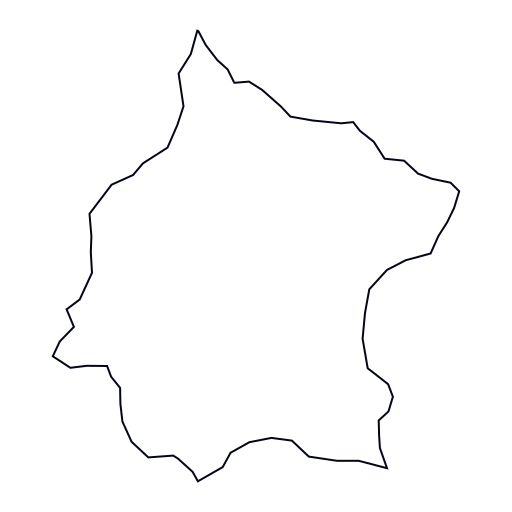 the district of Kidasi, Paphos, Cyprus
{"feature_id": "46923920B63387456593082", "entity_name": "Kidasi", "entity_type": "district", "adm_level": 2, "iso_a3": "CYP", "parent_name": "Cyprus", "parent_adm1": "Paphos", "projection": "robinson", "projection_center": [32.711, 34.815], "detail": "fine", "context": "isolated", "style": "outline", "palette": "ink", "viewbox_px": 512, "rotation_deg": 0, "n_neighbors": 0, "source": "geoboundaries", "source_scale": "gbopen_adm2", "svg_char_len": 1088}
<svg xmlns="http://www.w3.org/2000/svg" viewBox="0 0 512 512"><path d="M198.4,31.2L197.3,30.7L190.8,54.1L178.6,73.5L183.5,106.3L177.3,125.1L167.5,147.6L142.9,163.4L133.1,175.0L111.6,184.7L89.5,213.8L91.4,236.3L90.8,252.1L92.0,272.8L79.7,299.5L66.8,309.2L66.6,309.3L73.9,326.9L59.8,341.4L52.8,356.3L70.4,367.8L86.7,365.8L107.1,366.0L111.1,376.7L120.1,387.9L120.4,403.9L122.4,421.5L131.2,440.9L131.7,441.9L148.3,457.4L173.2,455.6L178.0,458.6L192.6,471.8L197.9,481.3L199.6,480.3L222.7,467.1L230.6,452.7L249.4,442.2L271.4,437.9L291.9,440.6L308.8,456.6L337.1,460.8L358.7,460.8L387.0,468.2L379.9,448.0L379.1,435.2L378.7,420.4L384.1,415.5L388.5,411.4L392.9,396.7L388.1,384.2L378.8,376.9L367.7,368.3L362.6,338.7L365.0,313.0L369.3,289.3L387.0,269.9L405.8,260.2L430.6,253.5L438.4,236.0L447.1,222.4L454.1,208.0L459.2,191.3L450.6,182.7L431.9,178.8L418.0,173.6L404.1,160.7L384.6,158.7L373.8,141.8L359.9,130.8L353.2,122.1L341.3,123.3L312.6,120.5L290.4,116.6L280.8,106.4L262.1,89.9L249.0,81.6L234.3,82.8L227.6,69.4L217.2,60.0L205.7,45.0L198.4,31.2Z" fill="none" stroke="#020617" stroke-width="2"/></svg>